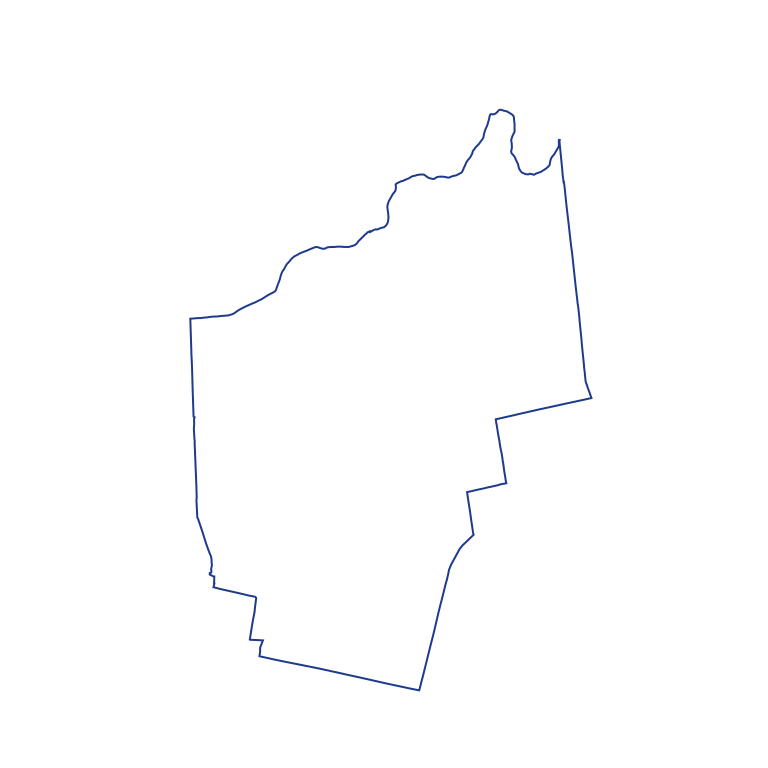 outline of Zambreasca, Teleorman, Romania, rotated 285°
{"feature_id": "2599482B90342036503162", "entity_name": "Zambreasca", "entity_type": "district", "adm_level": 2, "iso_a3": "ROU", "parent_name": "Romania", "parent_adm1": "Teleorman", "projection": "robinson", "projection_center": [25.027, 44.306], "detail": "fine", "context": "isolated", "style": "outline", "palette": "blue", "viewbox_px": 768, "rotation_deg": 285, "n_neighbors": 0, "source": "geoboundaries", "source_scale": "gbopen_adm2", "svg_char_len": 6128}
<svg xmlns="http://www.w3.org/2000/svg" viewBox="0 0 768 768"><g transform="rotate(285 384 384)"><path d="M419.6,579.3L424.1,588.0L427.2,585.9L428.5,585.1L430.5,583.6L433.2,581.7L434.9,580.7L437.5,578.8L438.9,578.0L441.2,577.1L442.9,576.5L444.5,575.8L445.5,575.5L447.0,575.0L450.0,573.7L452.0,572.9L454.2,572.2L464.9,568.1L475.0,564.3L478.2,563.2L494.2,557.1L499.8,555.1L505.5,552.9L510.2,551.0L511.1,550.5L515.0,549.0L529.6,543.2L551.4,534.8L559.7,531.6L566.5,528.7L582.6,522.4L584.4,521.7L588.2,520.2L603.8,514.0L610.6,511.4L617.8,508.7L625.7,505.5L625.5,505.2L632.1,502.5L637.7,500.5L657.6,493.0L664.0,490.6L664.7,490.5L665.1,490.6L665.1,489.9L664.7,489.9L664.1,489.9L662.2,490.5L659.6,491.2L658.9,491.3L658.1,491.2L654.3,490.2L652.7,489.7L651.0,489.3L649.6,488.8L646.3,487.3L644.8,487.0L642.6,486.9L639.3,487.2L638.4,487.2L637.5,486.9L636.6,486.5L635.2,485.5L633.9,484.7L632.1,483.0L629.5,480.6L628.4,479.0L626.6,476.4L625.4,475.2L625.0,474.8L624.9,474.4L624.9,473.9L625.0,473.1L624.8,470.2L624.0,469.5L623.8,468.9L623.5,467.8L623.4,466.4L623.6,465.0L623.8,463.0L624.0,462.4L624.5,461.6L625.5,460.3L626.4,459.3L627.3,458.6L628.2,458.0L630.6,456.8L631.6,456.1L633.5,454.4L637.2,451.4L637.9,450.6L638.8,449.3L639.5,448.1L640.0,447.5L640.5,447.1L641.2,446.8L641.7,446.6L642.4,446.5L644.7,446.5L645.4,446.3L647.0,445.9L650.0,444.9L650.8,444.5L651.6,444.1L652.1,443.8L652.9,443.7L655.0,443.8L656.9,443.9L658.4,444.2L660.7,444.7L661.6,444.8L662.3,444.6L668.3,443.0L670.0,442.4L672.7,441.3L674.2,440.8L675.4,440.3L676.0,440.0L676.4,439.6L677.0,438.8L677.5,437.8L679.1,432.4L679.1,431.4L679.0,428.9L679.1,427.1L679.2,426.0L679.0,425.4L678.6,424.6L678.2,424.1L677.8,423.8L677.0,423.5L676.4,423.2L675.0,422.4L673.9,421.5L673.3,420.9L673.0,420.3L672.6,419.2L672.4,417.9L672.3,417.3L672.0,417.0L671.7,416.9L670.2,416.7L666.8,416.9L660.6,416.8L657.1,416.2L653.4,415.9L651.6,415.9L649.1,416.1L647.9,416.2L647.2,416.1L646.4,415.9L645.4,415.5L642.4,414.3L641.0,413.8L639.9,413.3L637.2,411.7L636.2,411.2L634.5,410.6L632.6,409.8L632.1,409.6L629.3,409.5L628.7,409.4L627.1,409.1L624.2,408.2L623.8,408.0L623.1,407.5L621.5,406.9L619.8,406.3L618.1,406.0L615.8,405.7L614.5,405.4L613.3,405.2L611.5,405.0L609.9,404.7L608.9,404.4L608.3,404.1L605.5,401.2L604.3,399.8L603.5,398.4L602.8,396.9L601.4,394.9L600.4,393.7L600.1,393.0L599.9,392.2L599.8,389.6L599.7,388.4L599.3,386.3L598.7,384.1L597.8,382.1L597.3,381.3L595.8,380.1L595.2,379.4L594.9,378.7L594.7,377.9L594.6,374.5L594.7,373.6L595.0,372.6L596.5,368.8L596.5,367.8L595.8,365.0L594.6,362.2L593.2,360.0L592.0,357.6L590.6,356.1L589.3,355.0L588.8,354.4L588.0,353.2L587.0,352.1L586.2,350.9L585.1,349.8L584.4,348.3L582.9,346.5L581.1,344.5L580.4,343.9L579.8,343.6L579.4,343.7L577.5,344.5L575.3,344.9L574.1,345.0L573.0,344.8L571.8,344.3L569.9,343.4L565.3,342.2L561.6,341.3L559.3,341.2L557.9,341.1L556.3,341.3L553.8,342.2L550.8,343.5L549.0,344.2L546.2,345.2L543.1,345.7L541.7,345.8L540.3,345.7L539.0,345.4L537.6,344.9L536.5,344.2L535.7,343.6L535.3,343.2L534.7,342.1L534.3,341.3L533.8,340.6L533.0,339.3L531.6,337.8L531.2,335.9L530.8,335.1L529.8,333.9L528.6,332.7L527.8,331.9L527.2,331.2L527.9,330.9L527.0,329.7L526.6,329.2L525.9,328.6L524.8,328.1L523.4,327.0L521.5,326.0L519.0,324.5L517.6,323.7L516.8,323.2L515.5,322.4L513.5,321.7L512.1,321.0L510.8,320.0L509.9,318.9L507.6,315.1L507.0,313.7L506.0,309.6L505.4,306.5L505.0,304.7L503.4,300.2L502.5,297.0L501.8,295.1L501.3,293.9L500.2,292.7L499.4,291.8L499.1,291.0L498.8,289.7L498.7,288.3L498.8,287.0L499.0,285.3L498.9,283.5L498.4,282.2L497.6,281.0L494.6,277.1L492.4,274.3L489.7,270.6L488.4,268.9L486.2,266.7L484.0,264.3L483.0,263.6L481.2,262.4L479.7,261.6L477.7,260.8L474.8,259.2L473.9,258.9L471.9,258.4L470.6,258.1L468.2,257.5L467.7,257.1L467.0,256.9L465.6,256.6L464.3,256.4L460.9,256.2L459.8,256.3L458.1,256.3L454.3,255.9L449.9,255.5L447.8,255.4L447.0,255.3L445.7,255.0L445.0,254.5L443.0,252.5L441.7,250.9L438.6,247.8L436.6,246.0L434.3,243.9L432.7,242.0L430.6,239.7L428.9,237.7L428.0,236.4L422.5,229.6L419.2,226.0L417.2,224.0L415.4,222.5L414.7,222.0L413.2,220.6L412.4,219.7L411.8,218.9L410.2,216.2L409.6,215.0L408.2,210.9L406.0,205.2L404.5,200.4L402.4,195.5L401.6,193.0L401.3,192.3L400.9,191.5L400.4,190.3L399.2,186.3L396.9,180.0L383.1,184.2L366.2,189.3L363.8,190.0L356.3,192.4L349.6,194.5L327.8,201.0L303.5,208.4L303.1,208.6L303.0,209.0L303.0,209.5L302.2,209.7L301.6,209.6L301.0,209.6L296.6,210.9L295.3,211.2L291.6,211.9L281.9,215.1L280.0,215.9L277.1,216.6L274.3,217.5L237.2,229.1L226.4,232.3L225.3,232.6L223.2,232.9L206.8,238.2L206.4,238.5L205.6,239.3L197.5,244.7L192.8,247.8L189.9,249.6L183.6,253.6L175.6,259.2L173.4,261.0L171.8,262.0L169.9,262.8L166.7,263.8L165.2,264.4L164.3,264.7L163.7,264.8L162.3,264.8L161.1,264.9L160.2,265.0L159.7,265.2L158.2,265.8L157.9,265.9L157.5,265.9L157.1,265.8L156.7,265.5L156.4,265.3L156.3,265.0L156.3,264.7L155.2,264.8L154.8,265.2L154.6,265.7L154.4,267.5L154.2,268.1L153.9,269.1L153.9,269.4L154.1,269.9L147.4,271.5L147.4,271.8L143.6,271.9L143.6,278.2L143.8,283.6L144.1,290.4L144.5,301.0L144.6,306.8L144.9,311.6L145.1,314.4L144.8,315.2L144.3,315.9L144.0,316.0L138.5,316.7L134.9,317.2L130.0,318.0L121.0,318.6L102.4,320.5L102.3,320.8L103.2,325.1L103.3,325.1L105.0,333.4L97.5,332.6L95.5,333.0L94.1,333.5L88.8,334.2L89.5,349.6L90.1,360.2L92.2,392.3L92.7,401.7L93.6,422.6L94.2,435.0L94.8,449.8L95.4,465.1L96.7,489.7L97.2,497.3L100.9,497.3L105.3,497.2L112.6,497.2L144.1,496.6L153.7,496.5L158.8,496.4L176.1,495.8L186.6,495.6L192.1,495.6L206.9,495.3L211.2,495.4L216.9,495.2L221.4,494.9L227.0,495.6L244.3,499.8L248.4,501.6L261.6,509.6L263.0,508.7L270.9,505.3L274.3,503.8L283.1,500.1L292.3,496.0L301.1,492.2L303.8,497.6L304.4,498.5L307.8,505.0L308.6,506.7L310.6,510.3L311.7,512.4L312.9,514.8L315.8,520.3L317.0,522.1L318.1,524.2L318.8,525.9L319.8,527.8L322.0,526.7L326.1,524.9L327.2,524.4L328.1,524.0L332.3,522.1L333.6,521.6L338.4,519.6L340.6,518.5L342.9,517.6L346.1,516.2L347.4,515.6L350.3,514.1L352.9,512.8L356.0,511.4L359.1,510.1L365.5,507.0L369.3,505.4L371.4,504.4L373.1,503.7L375.0,502.7L378.8,501.1L387.6,517.8L390.4,523.0L398.6,538.5L413.2,566.8L416.0,572.3L419.6,579.3Z" fill="none" stroke="#1e3a8a" stroke-width="2"/></g></svg>